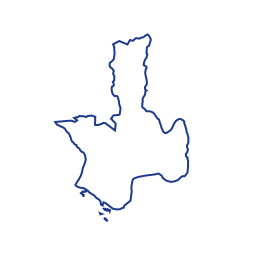 outline of Bacuri, Maranhão, Brazil, rotated 289°
{"feature_id": "56859067B92290832545196", "entity_name": "Bacuri", "entity_type": "district", "adm_level": 2, "iso_a3": "BRA", "parent_name": "Brazil", "parent_adm1": "Maranhão", "projection": "mercator", "projection_center": [-45.171, -1.677], "detail": "fine", "context": "isolated", "style": "outline", "palette": "blue", "viewbox_px": 256, "rotation_deg": 289, "n_neighbors": 0, "source": "geoboundaries", "source_scale": "gbopen_adm2", "svg_char_len": 4138}
<svg xmlns="http://www.w3.org/2000/svg" viewBox="0 0 256 256"><g transform="rotate(289 128 128)"><path d="M110.0,57.2L108.8,58.6L108.1,60.0L107.9,61.5L107.6,63.8L107.5,65.5L107.3,66.9L106.7,68.6L106.0,69.5L104.6,71.2L104.2,72.3L103.9,73.5L102.9,74.4L102.2,75.4L101.3,75.9L100.4,76.9L99.2,77.5L98.3,78.3L97.1,79.3L96.6,80.8L95.7,82.0L95.1,83.3L95.2,84.8L93.8,85.6L93.1,87.1L92.9,88.2L92.3,89.1L91.2,90.3L90.4,92.0L90.3,93.9L89.4,95.0L88.5,96.0L87.0,96.9L85.9,97.6L84.8,98.2L82.9,98.5L81.4,98.6L79.7,98.6L76.6,98.4L74.9,98.4L73.7,98.5L72.4,98.8L70.6,98.9L69.0,98.9L67.3,98.9L65.2,98.5L63.3,98.3L61.7,97.7L60.2,97.4L58.3,97.0L57.1,96.7L56.4,97.7L56.0,99.4L56.0,101.4L56.0,102.7L56.6,104.8L56.6,106.5L56.2,107.7L55.4,108.6L55.8,110.0L55.0,111.5L54.4,112.6L54.1,114.2L53.6,116.0L53.4,117.6L52.4,119.4L51.3,121.6L51.3,122.7L50.8,124.0L49.9,125.7L48.4,126.6L46.8,127.3L46.5,129.3L48.3,128.9L49.8,129.2L49.7,130.7L49.3,132.2L48.7,134.2L48.1,135.8L47.7,137.1L47.3,138.3L46.7,140.3L47.1,142.3L47.3,143.4L47.8,145.1L48.7,147.0L49.8,148.0L50.6,148.7L51.3,149.9L53.3,149.8L60.1,154.0L63.2,153.4L69.4,152.1L72.2,150.8L75.4,150.0L80.7,149.3L82.3,150.2L84.9,153.4L88.9,160.4L91.2,165.2L92.7,168.1L94.9,171.8L94.0,175.2L92.1,177.2L90.7,181.2L91.0,186.1L92.8,189.5L95.1,192.2L96.8,193.1L98.7,194.1L100.2,195.2L100.9,197.3L105.1,198.8L111.1,197.3L116.8,195.4L117.9,194.3L119.3,194.1L120.1,192.1L122.1,191.2L123.7,191.7L126.1,191.9L127.3,191.6L128.3,190.8L129.2,190.0L130.8,189.4L132.5,189.8L134.5,189.7L135.7,189.1L137.8,188.5L139.6,187.7L140.6,186.9L142.0,186.0L143.1,184.8L144.8,184.0L146.0,183.3L147.6,182.1L149.8,180.6L150.8,179.6L152.5,179.0L153.0,178.0L153.3,176.9L153.6,175.3L153.3,173.6L151.4,171.7L149.5,170.7L147.7,170.3L144.7,169.9L141.5,169.6L139.3,168.7L137.7,167.5L135.7,165.8L135.3,164.3L136.1,162.3L137.8,161.0L138.6,160.0L141.7,157.8L143.6,156.2L146.1,154.6L146.6,152.6L147.7,151.2L149.0,149.6L150.0,148.1L150.5,147.2L150.9,145.5L150.9,143.4L150.5,141.9L150.0,140.6L150.1,139.3L151.1,138.2L151.8,136.7L152.1,135.1L153.3,134.2L155.0,133.9L156.1,133.5L157.7,133.4L159.5,132.6L160.7,132.3L162.4,132.6L164.4,133.2L166.6,132.9L168.3,132.6L169.4,133.4L169.9,131.8L171.2,131.1L172.4,130.7L173.7,131.1L175.1,131.5L176.9,131.1L178.2,130.6L179.9,129.8L181.3,128.7L182.8,128.1L184.1,127.1L186.0,126.2L187.9,125.9L189.6,125.6L190.6,126.0L191.7,125.7L192.3,124.1L192.5,122.4L194.3,122.0L195.8,121.8L199.2,122.1L200.3,122.6L201.5,122.5L202.9,122.4L204.4,122.1L204.8,121.1L208.4,120.2L210.0,119.6L211.6,120.1L212.7,121.2L215.8,120.9L217.4,121.0L219.4,120.6L221.3,118.8L222.2,117.6L222.8,115.9L220.7,114.2L218.7,113.0L218.3,111.7L216.3,109.8L215.5,106.2L213.4,105.0L212.0,104.1L211.8,101.2L206.8,100.3L207.4,91.4L202.3,86.7L200.2,88.5L193.7,91.2L188.2,92.1L186.0,91.1L183.5,89.6L181.2,90.2L179.8,91.2L179.2,93.3L178.1,95.1L177.4,96.0L176.3,96.0L174.4,96.3L173.2,97.6L171.9,98.5L170.2,98.9L168.3,99.5L166.8,98.6L165.7,99.6L164.7,100.4L163.2,100.7L162.0,99.4L160.8,99.6L159.2,100.0L158.1,100.4L157.3,101.1L156.2,101.5L155.2,102.6L154.5,103.5L153.8,105.0L154.4,106.0L154.6,107.1L153.8,108.4L152.3,109.3L150.9,110.4L149.3,111.2L147.6,111.9L146.5,112.9L145.3,113.6L144.4,114.5L142.3,114.9L138.1,115.7L137.3,115.0L136.6,113.3L136.0,112.0L135.2,110.2L133.9,109.5L132.3,109.5L131.3,108.9L128.2,114.9L122.8,116.2L121.5,116.5L125.3,104.6L124.5,102.6L123.2,101.7L122.5,100.6L121.6,99.6L121.0,98.4L120.6,97.1L120.1,96.0L121.1,95.4L122.5,95.0L124.4,94.6L125.5,94.0L126.7,93.8L128.0,93.4L127.8,91.6L128.0,89.8L127.2,88.0L126.5,86.5L125.9,85.6L124.9,85.1L124.7,83.5L124.5,81.7L124.1,80.5L123.8,79.5L123.7,78.1L121.8,77.1L121.5,75.9L120.0,73.8L119.3,75.8L118.7,77.4L117.7,76.8L116.4,75.7L116.5,74.2L116.4,72.0L115.8,70.2L110.0,57.2ZM44.4,136.4L44.3,135.2L44.1,134.0L44.2,132.5L43.8,131.5L43.0,132.8L43.0,135.2L44.4,136.4ZM35.0,136.6L35.0,134.7L33.9,136.7L33.2,139.1L35.0,136.6ZM50.3,106.9L51.3,105.8L52.5,105.5L51.0,104.7L50.3,106.9ZM55.4,108.6L53.4,107.4L54.3,109.0L55.4,108.6ZM50.3,106.9L48.6,108.4L50.2,108.0L50.3,106.9ZM38.3,129.2L37.4,130.0L38.2,131.2L38.3,129.2ZM44.4,136.4L43.1,137.8L44.3,137.7L44.4,136.4Z" fill="none" stroke="#1e3a8a" stroke-width="2"/></g></svg>